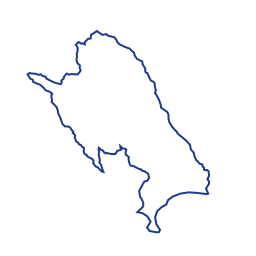 Peñuelas, Puerto Rico, rotated 324°
{"feature_id": "32010507B14079989067624", "entity_name": "Peñuelas", "entity_type": "district", "adm_level": 2, "iso_a3": "PRI", "parent_name": "Puerto Rico", "parent_adm1": "", "projection": "natural_earth1", "projection_center": [-66.73, 18.055], "detail": "fine", "context": "isolated", "style": "outline", "palette": "blue", "viewbox_px": 256, "rotation_deg": 324, "n_neighbors": 0, "source": "geoboundaries", "source_scale": "gbopen_adm2", "svg_char_len": 2793}
<svg xmlns="http://www.w3.org/2000/svg" viewBox="0 0 256 256"><g transform="rotate(324 128 128)"><path d="M159.8,31.3L155.9,31.1L155.3,31.2L153.0,30.8L150.4,33.6L148.0,32.4L143.2,33.2L142.2,34.9L141.1,32.9L139.8,32.4L138.5,29.3L134.7,30.0L134.7,32.2L134.1,34.1L131.6,36.9L130.1,37.8L129.1,39.9L126.3,42.6L125.2,45.9L125.9,49.0L124.2,51.1L123.4,53.8L118.7,55.1L113.8,51.0L111.7,50.2L110.3,47.9L106.1,49.0L105.1,50.2L102.7,50.3L101.6,50.8L101.3,52.1L99.3,53.0L95.6,48.6L93.3,44.6L91.0,39.8L91.5,38.1L89.3,35.3L89.0,33.3L86.8,32.3L84.9,29.6L81.6,26.8L80.8,25.7L78.2,25.6L78.0,30.7L79.3,33.0L78.4,35.1L82.4,41.5L83.3,45.4L83.5,49.0L85.9,52.6L86.9,55.6L84.9,56.9L82.6,61.2L81.5,62.0L82.5,68.7L81.6,72.2L80.8,73.9L80.1,74.9L79.6,78.4L79.4,79.4L77.4,86.2L77.9,89.6L80.5,91.7L81.5,93.5L81.2,95.6L81.5,98.9L80.3,99.6L81.0,100.9L80.8,103.1L79.3,104.5L78.2,108.4L79.1,111.0L78.8,112.5L79.9,114.0L79.9,116.6L80.6,118.3L78.3,121.0L77.6,123.2L78.7,125.6L78.4,127.1L80.9,132.2L80.9,134.4L79.1,136.0L79.3,140.2L80.2,141.6L81.3,147.9L82.3,149.1L83.1,146.0L84.5,142.2L84.7,138.8L86.3,137.7L88.5,132.5L90.7,130.3L91.5,128.1L92.7,126.9L93.6,130.3L94.5,131.6L94.3,133.6L95.0,135.5L96.3,135.6L97.1,137.1L100.1,140.0L102.5,141.6L105.8,140.2L109.4,141.5L111.1,138.2L111.7,141.5L113.7,143.3L113.8,144.7L111.5,146.4L110.6,148.4L111.6,151.9L109.9,153.9L108.6,156.7L107.9,159.9L109.9,161.8L112.8,167.5L114.2,169.1L114.0,170.3L116.0,172.8L117.4,176.7L115.7,180.8L112.3,182.0L109.9,180.9L107.7,181.8L100.1,185.4L97.3,190.8L97.5,192.1L96.6,196.8L96.2,197.7L94.2,200.4L86.1,201.6L86.3,201.8L86.9,202.4L89.3,205.1L89.6,205.4L91.5,210.2L91.7,210.7L91.2,217.1L85.9,219.3L84.9,219.7L84.9,224.0L85.5,224.6L88.8,228.1L89.6,229.0L91.7,230.4L92.5,230.0L94.0,229.3L94.5,222.2L97.4,216.2L102.8,212.4L106.6,212.0L108.3,211.8L108.5,211.8L111.4,212.1L114.0,212.4L118.1,209.8L123.9,209.8L124.3,209.8L124.7,209.9L128.9,211.1L131.6,211.8L135.0,213.5L138.8,215.5L139.1,215.6L144.8,220.3L152.6,227.5L154.3,228.2L155.5,222.9L160.8,220.7L162.3,218.5L162.1,216.2L165.6,214.2L167.8,210.2L167.2,208.4L166.4,208.0L165.1,206.9L165.0,206.5L165.1,206.2L165.4,206.0L166.2,204.5L165.7,203.2L166.7,201.3L164.8,198.5L165.0,196.3L164.3,194.4L165.2,189.8L166.6,186.8L166.3,182.0L168.1,178.6L168.2,177.5L167.6,172.0L165.4,163.7L164.9,160.8L165.0,160.7L165.3,160.2L164.9,157.9L164.4,152.9L164.9,147.4L166.0,144.8L168.7,140.7L168.8,139.8L169.2,138.3L166.7,131.0L168.2,128.3L169.6,123.5L170.5,117.6L170.4,115.6L172.7,113.9L174.3,109.8L175.7,107.8L175.9,106.1L174.4,103.0L174.8,100.1L175.9,94.9L175.0,93.6L175.5,91.8L176.9,90.2L177.3,85.0L178.6,82.6L175.9,77.4L176.0,73.3L177.2,70.6L176.5,68.6L176.0,64.7L173.4,61.0L170.2,55.1L169.9,51.3L170.4,50.3L170.3,46.7L166.0,41.4L165.7,39.3L162.0,37.6L159.8,31.3Z" fill="none" stroke="#1e3a8a" stroke-width="2"/></g></svg>